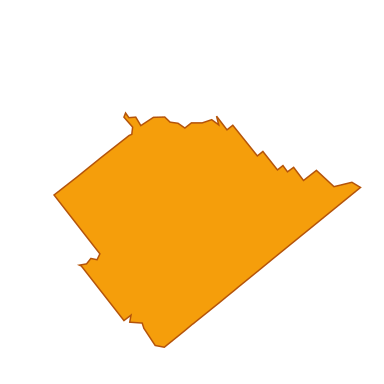 the district of Randolph, Arkansas, United States of America, rotated 141°
{"feature_id": "52423323B52253353626941", "entity_name": "Randolph", "entity_type": "district", "adm_level": 2, "iso_a3": "USA", "parent_name": "United States of America", "parent_adm1": "Arkansas", "projection": "equal_earth", "projection_center": [-91.061, 36.307], "detail": "fine", "context": "isolated", "style": "filled", "palette": "amber", "viewbox_px": 384, "rotation_deg": 141, "n_neighbors": 0, "source": "geoboundaries", "source_scale": "gbopen_adm2", "svg_char_len": 923}
<svg xmlns="http://www.w3.org/2000/svg" viewBox="0 0 384 384"><g transform="rotate(141 192 192)"><path d="M172.2,89.2L135.3,89.3L134.8,89.3L131.2,89.3L59.1,89.5L58.2,89.5L61.6,98.9L78.3,106.8L81.7,130.5L98.1,130.8L97.5,147.2L105.1,147.6L104.7,155.3L111.7,155.4L111.4,178.9L118.5,178.9L118.3,218.2L125.7,218.3L125.2,235.5L129.0,227.4L131.2,235.8L140.6,239.3L149.0,246.1L157.3,246.2L159.6,254.2L165.1,260.1L166.0,267.4L175.0,274.3L190.0,275.8L188.6,285.6L194.3,289.5L193.9,295.2L197.8,293.0L197.3,279.8L202.5,274.7L205.3,275.5L241.4,276.0L271.6,276.0L301.1,276.5L302.3,213.4L302.5,201.9L308.4,199.1L312.4,204.0L319.2,202.5L325.5,206.0L324.6,204.2L325.8,134.9L316.9,134.7L322.3,130.0L313.2,121.5L315.2,116.3L317.2,95.9L311.2,88.8L284.4,88.8L274.9,89.0L273.8,88.9L273.6,88.8L272.7,88.9L239.6,88.8L238.6,88.8L231.2,88.9L220.1,88.9L216.3,89.0L184.7,89.1L172.2,89.2Z" fill="#f59e0b" stroke="#b45309" stroke-width="1.5"/></g></svg>